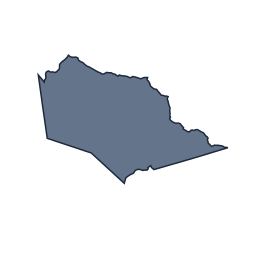 Olho d'Água das Cunhãs, Maranhão, Brazil (Robinson projection), rotated 287°
{"feature_id": "56859067B71077729140959", "entity_name": "Olho d'Água das Cunhãs", "entity_type": "district", "adm_level": 2, "iso_a3": "BRA", "parent_name": "Brazil", "parent_adm1": "Maranhão", "projection": "robinson", "projection_center": [-45.08, -4.123], "detail": "fine", "context": "isolated", "style": "filled", "palette": "slate", "viewbox_px": 256, "rotation_deg": 287, "n_neighbors": 0, "source": "geoboundaries", "source_scale": "gbopen_adm2", "svg_char_len": 2069}
<svg xmlns="http://www.w3.org/2000/svg" viewBox="0 0 256 256"><g transform="rotate(287 128 128)"><path d="M178.8,123.8L178.9,121.3L178.8,119.0L178.6,117.4L176.9,116.1L176.7,113.9L177.1,112.3L176.9,110.6L176.6,108.5L176.1,106.7L176.2,104.2L174.6,103.2L175.1,101.5L175.7,99.5L175.4,97.9L175.9,96.1L175.6,94.6L175.1,93.0L175.0,91.4L174.0,90.4L172.5,89.0L172.0,87.4L172.5,86.0L172.9,82.3L173.6,79.4L174.1,77.1L174.5,75.2L175.0,73.2L175.2,70.7L175.9,68.6L176.8,66.8L177.4,65.3L177.6,63.7L177.9,62.1L178.4,60.9L180.3,59.6L180.6,57.5L179.9,55.7L179.2,53.5L179.5,51.5L180.2,49.7L178.2,49.3L174.7,47.5L173.0,46.2L171.5,45.2L168.9,44.0L166.8,44.5L165.6,44.9L163.9,45.0L162.4,43.9L161.0,43.4L159.7,41.9L159.7,39.8L158.9,38.0L159.0,36.6L159.3,35.1L157.4,33.4L155.6,33.4L153.7,34.1L152.1,34.8L150.6,34.7L149.2,34.1L147.5,34.5L152.5,26.7L122.8,40.5L94.5,53.8L94.2,65.6L93.8,84.1L93.5,94.3L93.4,100.1L74.0,140.6L76.3,140.5L77.7,140.5L79.8,140.6L81.7,141.9L83.6,143.4L85.1,145.1L86.6,146.6L89.2,147.2L90.7,148.5L91.6,150.4L91.9,152.2L91.7,154.5L92.5,155.7L92.8,157.2L93.5,158.7L94.9,159.2L96.2,158.6L98.6,160.8L97.2,161.8L95.8,164.9L114.2,193.1L116.9,197.3L138.4,229.3L138.1,227.2L137.8,225.8L138.4,223.7L138.2,222.2L137.9,219.6L137.2,217.3L136.9,215.7L135.8,214.5L134.9,213.4L135.4,212.0L136.3,211.0L136.6,209.5L138.5,208.3L140.2,207.3L141.7,207.5L142.8,206.2L143.3,204.5L144.9,202.5L145.6,200.9L145.8,198.7L146.4,196.7L146.8,194.9L146.3,193.4L145.0,192.0L144.9,190.2L144.2,188.8L142.4,188.0L141.9,186.4L142.3,184.7L142.8,182.8L143.1,181.1L144.6,181.0L145.3,179.7L146.2,178.3L147.3,176.8L147.5,175.1L146.9,173.3L146.5,171.3L146.9,168.8L147.7,166.6L149.2,165.0L150.7,165.5L152.0,164.4L154.2,164.0L156.0,163.1L158.1,162.6L159.7,162.2L161.4,160.8L163.4,159.5L165.8,158.2L166.9,157.1L168.2,157.0L169.8,157.2L169.8,155.5L169.3,154.2L169.4,151.8L169.2,149.9L170.8,147.8L172.0,145.7L173.3,144.0L173.0,142.3L173.2,140.7L174.7,137.2L177.2,135.6L178.8,133.8L179.8,132.0L182.0,132.0L181.3,129.4L180.4,127.8L178.8,125.9L178.8,123.8Z" fill="#64748b" stroke="#1e293b" stroke-width="1.5"/></g></svg>